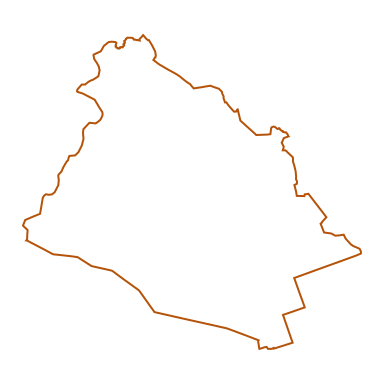 outline of Gārsenes pag., Aknistes, Latvia
{"feature_id": "27541924B32403888288894", "entity_name": "Gārsenes pag.", "entity_type": "district", "adm_level": 2, "iso_a3": "LVA", "parent_name": "Latvia", "parent_adm1": "Aknistes", "projection": "mercator", "projection_center": [25.771, 56.102], "detail": "fine", "context": "isolated", "style": "outline", "palette": "amber", "viewbox_px": 384, "rotation_deg": 0, "n_neighbors": 0, "source": "geoboundaries", "source_scale": "gbopen_adm2", "svg_char_len": 5201}
<svg xmlns="http://www.w3.org/2000/svg" viewBox="0 0 384 384"><path d="M46.5,194.3L46.1,194.3L45.9,194.3L45.7,194.4L45.5,194.6L44.0,195.8L43.9,195.9L42.9,197.7L42.8,197.8L40.6,210.7L40.1,213.4L40.1,213.7L40.0,213.8L39.9,213.9L39.8,214.0L39.1,214.2L33.8,216.3L25.7,219.8L25.3,219.9L25.2,220.1L23.0,225.5L23.1,225.8L24.6,227.2L27.5,229.9L27.5,230.0L27.6,230.4L27.3,234.1L27.1,239.2L27.1,239.3L27.0,239.5L26.4,240.3L26.5,240.3L43.6,249.2L51.8,253.6L52.4,253.9L53.3,254.3L54.0,254.4L61.0,255.1L66.2,255.7L66.3,255.7L71.6,256.3L76.0,256.9L76.1,257.0L77.5,257.1L91.6,266.1L103.3,268.7L111.6,270.6L112.1,270.8L112.4,271.0L112.9,271.3L122.8,278.7L139.0,290.4L139.1,290.5L148.9,304.3L154.5,312.1L181.8,318.3L195.8,321.4L227.0,328.4L244.7,335.0L258.3,340.2L258.6,340.3L258.4,340.8L258.3,341.2L258.2,341.5L258.2,341.8L258.3,342.7L258.8,345.4L258.8,345.9L259.4,348.9L262.1,348.1L264.4,347.3L266.6,346.9L268.0,348.9L271.8,348.9L273.7,347.9L274.0,348.6L280.0,346.7L292.6,342.7L283.0,314.9L288.3,313.1L304.7,307.4L303.7,304.4L298.9,291.2L294.2,278.0L302.5,275.0L315.7,270.2L329.0,265.4L342.3,260.6L355.5,255.8L359.7,254.1L360.2,253.9L360.8,253.6L361.0,252.4L360.7,251.0L359.6,248.8L357.6,247.9L356.7,247.5L353.2,246.0L350.9,244.4L345.7,238.7L343.7,234.7L339.1,235.4L335.3,235.7L331.3,233.5L324.1,232.5L320.6,223.7L322.0,222.5L322.1,221.9L326.4,217.2L318.8,207.3L311.7,198.1L308.4,193.8L304.7,194.4L304.4,196.1L296.8,195.9L296.0,191.2L294.4,185.0L295.5,184.5L296.9,183.7L297.0,181.4L296.0,179.2L296.1,176.4L295.6,171.1L294.2,165.3L292.9,161.3L293.0,159.6L292.9,157.4L289.6,154.2L289.2,153.8L287.4,152.2L286.8,151.4L285.3,150.3L282.8,150.3L283.8,146.9L283.3,145.8L281.7,142.7L282.1,142.1L283.7,138.2L284.8,137.7L288.5,136.4L288.4,136.3L288.3,136.1L288.0,135.6L287.9,135.0L287.8,134.7L287.7,134.5L286.7,133.2L286.3,132.6L286.2,132.4L285.9,132.3L285.7,132.4L285.4,132.5L284.8,132.4L284.7,132.3L284.4,132.2L284.2,132.2L283.8,132.1L283.5,132.0L283.1,132.0L283.0,131.9L283.0,131.7L282.9,131.5L282.9,131.2L282.6,130.9L282.4,130.9L282.1,131.0L281.9,131.0L281.7,130.9L281.0,130.3L280.7,130.0L280.3,129.6L280.2,129.4L280.1,129.2L279.9,129.1L279.7,129.1L279.5,128.6L279.4,128.3L279.1,128.2L278.9,128.2L278.8,128.3L278.7,128.5L278.3,128.7L278.1,128.8L277.5,129.0L275.0,127.0L274.4,126.7L273.7,126.6L272.9,126.8L272.4,127.0L272.2,127.1L271.9,127.2L271.7,127.3L271.2,128.1L271.0,129.3L270.4,134.2L267.0,134.6L256.3,135.0L255.9,134.8L255.7,134.4L240.7,120.9L240.4,120.6L240.3,120.2L237.7,109.4L237.4,109.5L237.2,109.7L237.1,109.8L237.0,110.0L236.9,110.1L236.9,110.3L236.9,110.5L236.7,110.7L236.5,110.9L236.4,111.0L236.2,111.4L236.2,111.5L234.2,111.7L232.3,109.8L228.4,105.3L226.3,102.3L225.0,102.4L223.5,98.0L223.6,96.3L222.1,93.3L222.0,91.9L218.9,88.7L217.8,88.4L217.2,88.2L215.2,87.5L210.2,85.7L208.8,86.0L206.2,86.4L205.0,86.6L203.8,86.8L202.1,87.2L201.6,87.2L193.7,88.4L191.4,85.8L190.7,84.9L190.0,84.0L189.2,83.6L186.5,81.8L183.3,79.3L180.2,76.7L178.0,75.2L177.0,74.5L176.4,74.2L174.9,73.3L170.9,71.1L169.0,70.1L165.0,67.8L163.0,66.6L159.2,64.4L157.6,63.2L155.4,61.5L153.4,60.0L155.0,57.4L155.3,57.4L155.3,57.2L155.2,57.2L155.3,57.0L155.4,56.9L155.5,56.8L155.6,56.7L155.8,55.7L155.2,51.6L152.0,45.2L148.9,40.1L148.4,40.1L148.0,40.2L146.2,38.7L145.9,38.4L145.8,38.2L145.6,38.0L145.4,37.8L145.2,37.6L144.9,37.2L144.5,36.8L144.4,36.6L144.2,36.3L144.1,36.2L143.8,35.9L143.5,35.5L143.3,35.3L143.1,35.1L142.8,35.4L142.6,35.7L142.3,36.1L142.0,36.4L141.8,36.8L141.6,37.1L141.4,37.3L141.2,37.4L140.8,37.7L140.4,38.1L139.4,39.4L139.4,39.8L139.7,40.5L138.9,40.4L138.4,40.3L137.9,40.2L137.5,40.0L136.9,40.0L136.4,40.1L136.2,40.0L135.3,39.6L134.9,39.7L134.2,39.6L133.7,39.6L133.4,39.1L133.4,38.6L132.8,38.1L131.7,37.8L127.5,37.7L127.2,37.8L126.9,38.1L126.7,38.1L126.5,38.3L126.4,38.6L126.2,38.7L126.0,38.8L126.0,39.3L125.9,39.5L125.5,39.9L125.2,40.3L125.0,40.5L124.9,40.6L124.5,40.7L124.2,41.0L124.5,41.2L124.7,41.3L124.8,42.0L125.0,42.5L124.8,42.9L124.6,43.0L124.3,43.3L124.2,43.4L123.9,43.4L123.7,43.5L123.6,43.8L123.5,44.0L123.5,44.3L124.1,44.4L124.2,44.5L124.2,45.5L123.1,46.3L122.9,47.0L122.7,47.3L122.3,47.3L121.6,47.0L121.2,47.1L120.4,47.1L120.1,47.2L120.0,47.3L120.2,47.6L120.4,47.7L120.3,47.9L119.9,48.1L119.6,48.4L119.1,48.6L118.7,48.2L117.7,48.4L117.4,47.8L116.5,47.6L116.5,47.4L116.2,47.0L115.6,46.7L115.6,46.4L115.9,46.4L116.0,46.2L116.0,45.6L115.8,45.0L116.0,44.0L116.4,43.3L116.4,42.9L116.1,42.6L115.5,42.1L115.0,42.0L114.3,41.9L113.9,41.9L113.2,41.8L112.5,41.8L112.3,41.8L111.4,41.7L108.6,42.1L103.9,45.9L100.8,51.3L93.7,54.6L93.5,55.4L94.3,59.2L96.9,63.0L98.8,66.6L98.9,66.9L99.6,70.5L98.4,76.2L97.9,76.6L93.1,79.7L92.5,79.9L90.2,80.8L88.1,82.1L85.1,84.5L81.7,84.6L77.5,89.4L77.3,89.8L77.0,91.4L77.4,91.8L80.4,92.8L82.7,93.5L94.7,99.7L96.1,102.1L97.8,104.8L98.0,105.4L102.4,112.3L102.6,114.7L102.3,115.8L100.8,119.1L99.8,120.3L97.4,122.2L96.5,122.9L95.4,123.4L93.6,123.2L90.9,122.9L89.5,122.8L89.4,122.8L87.5,124.8L83.4,129.2L83.0,132.7L83.5,138.9L81.8,145.5L78.5,152.1L76.7,153.9L75.1,155.4L69.6,155.9L69.1,156.3L67.9,160.5L66.7,161.5L63.2,167.5L61.5,171.5L58.7,174.4L58.2,175.7L58.8,180.3L58.3,185.1L58.1,185.6L54.7,192.2L52.0,194.4L48.3,194.8L47.3,194.5L46.5,194.3Z" fill="none" stroke="#b45309" stroke-width="2"/></svg>